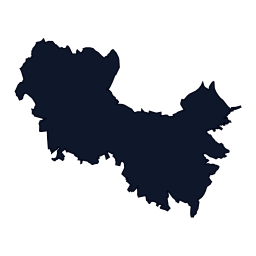 outline of Miercurea Nirajului, Mures, Romania
{"feature_id": "2599482B57064602938407", "entity_name": "Miercurea Nirajului", "entity_type": "district", "adm_level": 2, "iso_a3": "ROU", "parent_name": "Romania", "parent_adm1": "Mures", "projection": "mercator", "projection_center": [24.768, 46.543], "detail": "fine", "context": "isolated", "style": "filled", "palette": "ink", "viewbox_px": 256, "rotation_deg": 0, "n_neighbors": 0, "source": "geoboundaries", "source_scale": "gbopen_adm2", "svg_char_len": 5837}
<svg xmlns="http://www.w3.org/2000/svg" viewBox="0 0 256 256"><path d="M226.0,156.1L224.9,155.4L223.9,153.8L225.6,152.5L226.0,152.7L228.7,152.0L228.9,151.3L228.6,150.6L225.2,148.9L222.5,145.6L222.9,145.1L221.4,143.6L219.4,144.3L217.7,143.6L216.3,142.2L215.3,142.0L214.7,141.4L214.6,140.6L212.0,137.9L210.7,135.5L210.2,135.1L208.9,135.1L206.3,132.4L206.3,131.4L207.6,130.5L212.4,128.5L212.5,129.2L213.1,129.5L214.1,131.1L214.8,130.9L215.0,130.5L214.5,128.9L216.2,128.3L217.2,128.5L219.1,128.1L221.4,129.5L222.0,128.7L220.4,127.3L219.1,126.9L217.9,125.9L219.8,124.8L220.7,124.6L221.2,125.0L223.1,124.0L223.7,125.1L224.6,125.0L224.5,122.8L225.9,123.8L226.9,123.8L228.3,122.7L228.5,121.9L230.5,121.9L230.1,121.1L229.0,121.4L228.8,120.9L228.3,121.2L226.9,117.7L225.1,118.5L224.0,118.3L224.5,117.7L225.8,117.0L226.0,116.1L227.1,115.4L227.9,114.1L229.5,113.0L229.8,112.4L229.7,111.4L233.0,110.6L233.2,109.5L233.8,108.8L234.9,109.4L239.4,107.7L239.8,107.1L240.6,107.1L240.4,106.3L235.9,107.5L231.6,107.8L231.4,108.9L230.2,109.7L229.6,108.5L227.6,106.7L222.7,100.4L220.1,98.3L218.1,95.9L216.7,93.8L215.4,91.6L214.2,88.6L214.0,87.3L213.8,82.2L213.5,81.8L212.7,82.2L211.6,83.6L209.9,86.4L209.6,87.2L209.7,88.2L209.1,89.7L208.7,89.9L205.2,87.9L203.7,86.3L202.7,82.8L201.5,85.6L199.1,88.8L196.1,91.2L189.6,94.4L187.5,96.2L184.7,99.5L183.6,100.1L182.1,99.6L181.9,99.9L180.9,103.8L181.0,104.4L184.1,109.4L184.1,109.8L183.8,110.2L177.5,112.6L177.7,113.2L173.4,114.8L174.0,116.5L168.8,116.9L167.4,115.5L165.7,115.3L165.0,115.3L164.5,115.7L160.8,115.9L160.8,112.5L156.2,113.4L149.5,111.4L149.0,113.9L146.8,112.9L144.1,112.3L141.9,109.7L141.7,111.9L141.1,111.8L140.6,112.3L138.7,111.9L137.5,112.0L134.4,113.0L131.7,109.7L131.6,109.2L130.6,108.9L124.5,105.4L122.5,104.7L117.1,104.3L116.9,104.0L117.5,102.5L118.0,102.4L118.3,101.9L118.2,101.5L117.5,101.1L117.4,100.5L116.9,100.5L116.7,100.0L115.1,99.3L115.2,98.5L115.0,97.7L112.5,95.7L111.5,93.7L111.3,92.8L109.4,90.7L107.3,89.6L107.0,89.0L108.0,88.1L108.6,88.5L110.1,86.0L112.4,81.0L114.8,74.7L115.6,74.6L119.1,67.3L118.6,59.9L118.3,57.9L116.0,53.2L113.0,49.8L111.7,50.6L110.0,53.2L108.0,55.0L108.1,57.0L107.0,56.4L105.6,56.9L104.2,58.5L101.3,56.0L97.9,52.6L95.1,51.0L93.0,48.8L89.9,48.0L85.8,48.0L83.4,48.9L83.7,49.5L82.6,51.5L81.0,53.5L77.3,50.2L76.9,51.0L76.8,52.2L76.9,54.2L72.0,54.2L71.1,51.9L70.3,50.9L70.3,50.4L69.8,49.3L68.5,47.0L67.7,46.2L67.1,46.2L66.5,47.9L64.9,48.8L63.1,48.7L61.9,47.7L59.6,48.5L56.0,45.0L55.4,45.3L52.5,41.7L48.4,41.6L45.1,43.0L43.5,39.2L41.7,41.2L39.7,42.1L37.5,42.4L36.5,42.9L36.6,43.7L35.3,46.1L33.1,48.6L32.8,50.7L32.2,50.8L31.9,54.5L32.6,56.7L31.4,57.0L31.2,57.9L29.9,58.6L29.5,58.7L28.9,58.0L27.7,58.9L26.4,59.2L26.2,61.9L23.6,64.3L23.5,64.7L23.8,64.7L23.9,65.0L21.3,68.2L20.4,68.6L21.7,71.2L24.1,79.3L23.1,81.0L23.2,82.3L20.5,82.7L18.4,85.0L16.2,90.0L15.4,91.3L15.8,92.3L16.5,93.0L16.6,95.2L18.3,96.6L19.5,99.7L21.7,99.1L22.6,97.8L22.3,97.3L24.0,93.7L25.0,93.0L26.6,93.2L27.5,93.7L32.5,98.0L35.8,103.3L36.2,105.4L35.0,107.0L34.8,108.5L34.4,109.1L33.4,109.7L32.1,109.4L32.6,110.7L32.5,113.6L34.2,114.4L34.6,115.8L45.4,118.8L43.2,119.8L43.2,120.7L41.3,120.7L40.2,121.1L39.9,122.5L39.3,123.5L40.0,125.9L39.8,131.0L40.1,131.2L41.5,131.3L47.5,130.5L47.8,138.5L48.6,148.6L50.8,148.6L50.9,150.8L51.5,150.7L51.9,151.4L51.8,152.9L55.2,150.0L56.9,149.1L57.4,148.5L57.4,147.7L58.2,146.9L59.9,148.4L57.7,151.0L57.7,153.8L56.7,157.7L54.5,158.9L53.6,159.0L52.5,158.6L52.2,158.9L53.1,159.8L54.4,160.5L55.0,160.5L55.9,159.5L57.4,159.0L58.2,158.0L60.7,158.8L62.6,160.2L63.0,159.9L63.7,158.9L63.1,157.8L64.2,156.4L60.9,152.2L61.9,151.1L62.9,150.6L65.3,148.4L66.8,151.7L68.4,151.4L75.7,154.4L74.9,155.0L75.1,155.5L78.6,157.3L78.7,157.9L78.3,159.6L81.0,159.9L81.0,163.3L81.5,163.1L82.0,160.4L83.4,160.0L87.8,161.0L89.3,162.4L90.2,162.3L91.3,163.7L92.3,164.3L95.1,163.4L97.3,163.2L98.0,162.4L98.2,161.5L97.4,158.7L99.0,158.0L98.4,156.5L98.5,156.2L100.6,155.6L104.6,153.6L105.7,155.7L106.4,158.9L109.2,157.1L107.3,153.2L107.2,151.4L109.5,152.0L111.9,153.4L112.3,153.0L114.0,154.8L113.2,156.1L114.9,157.6L115.9,159.1L115.9,160.6L116.3,161.6L116.0,164.6L119.7,165.4L120.4,162.5L121.8,160.5L124.5,162.8L124.9,168.0L122.1,173.9L126.5,177.9L127.4,177.9L127.3,178.3L126.3,178.9L126.3,179.5L127.7,180.3L126.9,181.3L127.8,181.7L131.1,185.0L130.4,185.5L127.9,189.7L129.4,191.4L130.6,190.3L131.9,191.4L132.8,190.6L133.4,191.1L137.6,186.7L138.0,192.0L137.8,194.6L138.6,196.8L146.0,195.3L146.8,200.4L148.0,200.6L148.0,201.6L149.2,203.2L149.6,203.2L150.7,201.7L151.7,201.0L154.1,201.3L157.0,202.5L157.2,202.8L156.9,204.0L157.4,204.3L156.8,205.4L157.7,205.9L158.6,203.9L162.8,205.0L160.7,207.2L160.5,207.8L160.8,208.2L165.2,209.4L167.5,210.6L169.8,208.2L167.9,205.6L166.8,198.1L168.0,197.0L168.2,195.4L167.4,191.7L167.4,191.2L167.7,191.1L169.3,192.2L172.7,197.0L175.7,199.7L176.4,201.5L177.7,201.4L178.0,201.7L178.0,202.4L178.4,202.4L179.3,199.5L185.1,202.3L186.4,202.4L187.7,201.6L188.4,202.7L188.3,203.3L189.2,204.2L189.1,204.9L191.4,206.2L191.6,207.4L191.2,208.0L191.0,210.9L190.9,214.0L191.1,215.2L191.5,216.8L193.3,216.8L193.7,215.1L195.2,214.3L196.1,213.1L196.2,211.5L197.7,208.7L198.7,202.2L197.6,199.9L200.7,197.7L202.2,196.2L203.7,194.0L205.5,190.1L206.0,187.9L206.9,186.2L210.0,184.1L211.4,181.6L210.5,181.0L209.8,179.6L209.1,178.9L209.0,178.2L208.5,177.8L208.5,176.8L209.5,175.8L209.7,174.8L209.5,173.9L211.9,174.5L214.4,173.4L215.4,171.2L217.8,168.9L218.8,166.9L218.3,166.3L216.7,165.6L215.4,165.3L214.5,165.5L214.5,165.0L214.0,164.6L212.7,164.4L210.6,164.7L208.0,163.8L206.7,164.5L205.9,164.2L205.7,163.2L206.5,161.6L207.5,161.4L208.4,160.5L207.4,159.7L205.9,159.8L205.3,157.9L203.7,156.6L202.7,154.2L204.8,153.2L206.8,153.9L210.2,156.5L212.5,157.0L216.0,158.6L218.8,156.9L220.3,157.8L221.3,158.1L222.9,156.7L224.7,156.9L226.0,156.1Z" fill="#0f172a" stroke="#020617" stroke-width="1.5"/></svg>